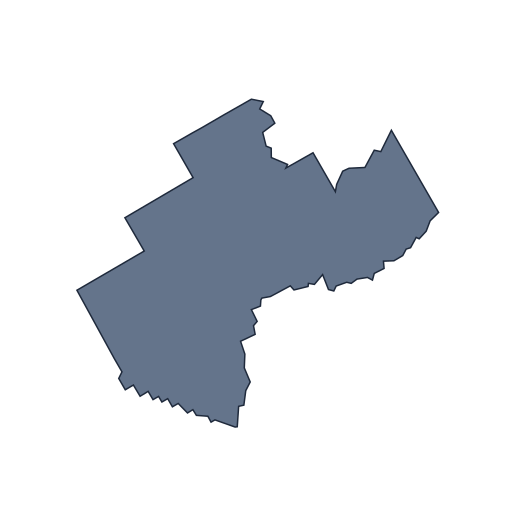 Natchitoches, Louisiana, United States of America (Mercator projection), rotated 60°
{"feature_id": "52423323B30463798503843", "entity_name": "Natchitoches", "entity_type": "district", "adm_level": 2, "iso_a3": "USA", "parent_name": "United States of America", "parent_adm1": "Louisiana", "projection": "mercator", "projection_center": [-93.012, 31.748], "detail": "fine", "context": "isolated", "style": "filled", "palette": "slate", "viewbox_px": 512, "rotation_deg": 60, "n_neighbors": 0, "source": "geoboundaries", "source_scale": "gbopen_adm2", "svg_char_len": 1256}
<svg xmlns="http://www.w3.org/2000/svg" viewBox="0 0 512 512"><g transform="rotate(60 256 256)"><path d="M309.6,76.1L214.8,75.9L228.0,95.7L223.5,100.7L233.8,117.4L226.5,131.6L225.9,138.5L234.3,150.3L240.0,155.1L195.1,155.0L194.8,186.2L192.5,182.9L178.4,193.5L170.2,188.9L165.9,192.3L152.3,188.4L150.4,173.3L141.9,173.1L130.5,179.3L125.9,172.5L117.9,181.6L117.7,212.5L117.8,238.6L117.6,250.0L117.5,271.2L156.7,271.3L157.3,350.4L195.8,350.3L196.1,428.2L273.9,430.0L289.3,430.0L293.4,436.1L306.5,436.1L306.4,426.7L319.5,426.5L319.3,417.1L328.9,417.0L328.9,410.6L335.4,410.5L335.4,403.8L344.8,403.8L344.8,397.1L357.7,393.8L357.5,387.5L364.2,387.3L370.7,377.8L377.4,378.0L377.4,373.5L393.7,359.6L394.5,357.6L377.5,346.2L379.1,341.1L367.5,332.2L362.2,324.0L347.1,322.1L335.4,314.7L322.1,312.0L323.4,295.9L315.1,293.0L313.2,287.7L300.1,286.8L301.6,277.2L296.4,273.7L295.4,271.9L298.3,263.8L299.0,241.2L304.4,240.1L308.4,226.1L305.9,224.3L309.8,219.6L305.4,207.6L321.3,210.0L325.2,206.1L322.1,201.6L324.1,190.6L327.3,187.2L326.5,180.1L330.3,170.2L335.1,167.2L330.2,162.3L330.8,151.3L324.2,148.2L329.1,138.9L329.0,128.7L325.1,122.5L326.1,118.0L320.0,108.0L322.7,106.1L319.6,96.2L312.6,87.6L309.6,76.1Z" fill="#64748b" stroke="#1e293b" stroke-width="1.5"/></g></svg>